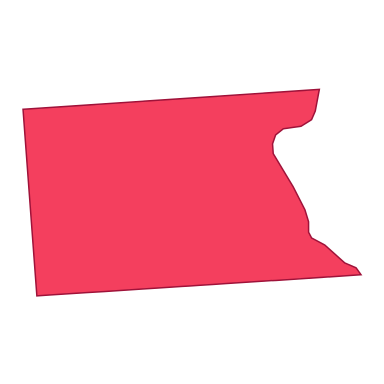 Campbell, South Dakota, United States of America, rotated 176°
{"feature_id": "52423323B49875103288406", "entity_name": "Campbell", "entity_type": "district", "adm_level": 2, "iso_a3": "USA", "parent_name": "United States of America", "parent_adm1": "South Dakota", "projection": "equal_earth", "projection_center": [-100.191, 45.769], "detail": "fine", "context": "isolated", "style": "filled", "palette": "rose", "viewbox_px": 384, "rotation_deg": 176, "n_neighbors": 0, "source": "geoboundaries", "source_scale": "gbopen_adm2", "svg_char_len": 653}
<svg xmlns="http://www.w3.org/2000/svg" viewBox="0 0 384 384"><g transform="rotate(176 192 192)"><path d="M354.0,99.2L341.6,99.2L341.0,99.2L340.6,99.2L303.9,99.0L286.7,98.8L251.0,98.7L234.5,98.6L208.1,98.5L201.8,98.4L191.7,98.4L190.9,98.4L177.9,98.3L173.6,98.3L165.8,98.3L122.6,98.1L122.2,98.1L118.7,98.1L118.2,98.0L114.5,97.9L66.2,97.8L62.1,97.8L60.4,97.7L57.8,97.7L44.4,97.7L29.2,97.7L33.6,104.9L44.6,110.6L63.2,129.8L75.9,137.8L78.5,143.7L77.8,154.2L80.6,166.4L90.7,190.1L108.3,224.6L108.3,234.4L104.6,243.1L96.5,248.7L78.6,250.0L67.7,255.8L63.4,264.1L57.8,285.5L354.8,286.3L354.0,99.2Z" fill="#f43f5e" stroke="#9f1239" stroke-width="1.5"/></g></svg>